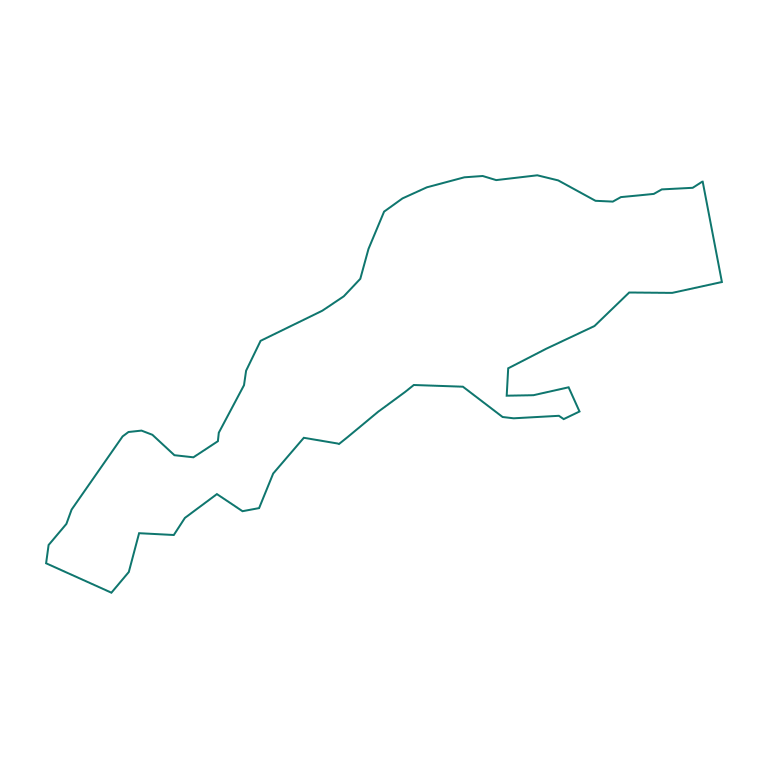 outline of Tashkent, Tashkent, Uzbekistan
{"feature_id": "79887680B72544223780666", "entity_name": "Tashkent", "entity_type": "district", "adm_level": 2, "iso_a3": "UZB", "parent_name": "Uzbekistan", "parent_adm1": "Tashkent", "projection": "natural_earth1", "projection_center": [69.187, 41.366], "detail": "fine", "context": "isolated", "style": "outline", "palette": "teal", "viewbox_px": 768, "rotation_deg": 0, "n_neighbors": 0, "source": "geoboundaries", "source_scale": "gbopen_adm2", "svg_char_len": 939}
<svg xmlns="http://www.w3.org/2000/svg" viewBox="0 0 768 768"><path d="M339.0,444.0L347.6,437.1L378.2,411.7L404.9,392.1L413.8,385.0L462.9,386.7L502.6,417.0L513.6,418.3L558.9,415.8L563.7,419.1L579.5,411.5L568.6,387.3L533.4,395.2L506.7,395.7L508.2,368.3L546.1,348.8L594.5,326.0L629.2,292.5L672.1,292.9L721.9,282.0L702.7,181.7L702.2,181.7L692.7,187.8L661.8,189.4L653.8,193.9L638.8,195.4L620.9,197.1L612.8,201.6L595.5,200.8L558.2,180.4L537.3,175.3L496.2,180.1L482.7,176.0L464.4,177.3L426.9,187.3L402.5,198.4L384.1,211.6L368.5,248.9L360.3,278.8L343.8,296.3L322.3,310.7L260.6,340.8L246.1,370.7L244.0,385.2L218.8,432.7L217.9,441.2L193.4,457.3L174.4,455.2L152.4,434.8L141.5,430.6L128.5,432.0L122.6,436.4L71.6,509.6L66.4,523.9L48.6,545.0L46.1,563.3L111.4,592.7L128.8,572.0L139.1,533.2L173.8,535.0L184.9,517.9L216.9,494.1L242.5,511.2L259.1,508.1L273.2,473.5L303.8,437.8L337.6,443.5L339.0,444.0Z" fill="none" stroke="#0f766e" stroke-width="2"/></svg>